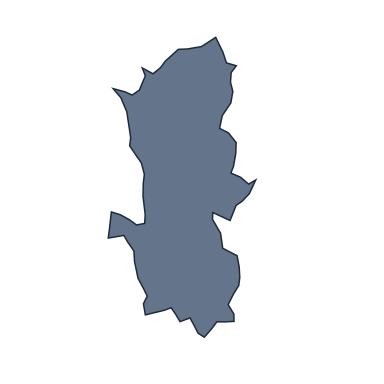 Pano Koutrafas, Nicosia, Cyprus (orthographic projection), rotated 325°
{"feature_id": "46923920B67363917084525", "entity_name": "Pano Koutrafas", "entity_type": "district", "adm_level": 2, "iso_a3": "CYP", "parent_name": "Cyprus", "parent_adm1": "Nicosia", "projection": "orthographic", "projection_center": [32.965, 35.092], "detail": "fine", "context": "isolated", "style": "filled", "palette": "slate", "viewbox_px": 384, "rotation_deg": 325, "n_neighbors": 0, "source": "geoboundaries", "source_scale": "gbopen_adm2", "svg_char_len": 1168}
<svg xmlns="http://www.w3.org/2000/svg" viewBox="0 0 384 384"><g transform="rotate(325 192 192)"><path d="M300.1,78.9L283.1,78.3L270.1,72.1L262.6,67.3L245.6,69.4L237.4,72.1L227.9,72.8L222.4,61.9L220.4,70.1L207.4,78.3L198.6,78.3L194.5,71.4L186.7,62.1L187.8,73.9L184.6,88.9L172.9,112.4L167.4,118.4L167.2,131.7L167.2,139.2L163.1,150.2L157.0,157.0L149.5,167.3L140.6,183.8L135.2,190.6L127.7,187.2L124.9,179.0L120.2,169.4L114.5,162.1L103.8,174.2L97.0,181.7L111.3,188.5L110.6,196.1L110.6,207.0L105.1,215.9L98.3,231.7L96.9,243.3L95.6,251.6L88.1,255.7L83.3,265.9L101.0,272.8L108.5,274.9L108.5,282.4L107.8,291.3L118.1,294.0L117.4,300.9L116.0,311.2L118.8,318.0L129.7,315.3L137.9,312.6L144.7,317.4L152.2,322.1L156.3,316.0L157.0,305.0L167.2,299.5L176.7,295.4L182.2,289.3L187.7,280.4L192.4,270.1L184.9,255.7L191.8,242.0L193.1,226.2L197.2,220.7L206.8,237.2L220.4,228.3L227.9,228.3L238.1,226.2L251.1,218.7L242.9,218.0L240.2,207.7L234.7,198.8L240.8,194.7L249.7,185.8L256.5,176.9L255.8,164.6L251.1,155.7L260.6,146.8L274.9,141.3L283.1,133.1L286.5,124.2L292.6,116.6L300.7,114.0L300.0,113.1L294.3,106.0L297.5,95.3L300.1,78.9Z" fill="#64748b" stroke="#1e293b" stroke-width="1.5"/></g></svg>